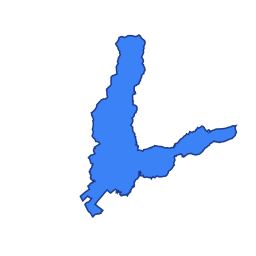 Gurghiu, Mures, Romania, rotated 320°
{"feature_id": "2599482B77375786241858", "entity_name": "Gurghiu", "entity_type": "district", "adm_level": 2, "iso_a3": "ROU", "parent_name": "Romania", "parent_adm1": "Mures", "projection": "natural_earth1", "projection_center": [24.887, 46.798], "detail": "fine", "context": "isolated", "style": "filled", "palette": "blue", "viewbox_px": 256, "rotation_deg": 320, "n_neighbors": 0, "source": "geoboundaries", "source_scale": "gbopen_adm2", "svg_char_len": 5914}
<svg xmlns="http://www.w3.org/2000/svg" viewBox="0 0 256 256"><g transform="rotate(320 128 128)"><path d="M212.2,195.6L210.9,195.0L210.5,194.3L209.7,193.7L208.7,193.3L207.4,193.2L206.3,192.5L202.7,191.0L199.4,189.0L194.7,185.4L192.2,184.8L190.8,184.0L187.9,183.7L188.9,183.1L189.0,182.5L188.9,181.7L188.6,181.3L188.2,181.1L186.3,181.7L186.1,178.5L186.6,176.7L186.4,175.0L185.8,174.0L182.8,173.8L181.6,173.0L181.5,172.4L180.6,173.0L179.0,172.9L178.2,173.5L177.5,173.7L175.8,172.7L174.3,172.9L172.9,170.5L172.5,170.9L171.1,171.4L170.9,171.7L169.6,171.4L169.1,170.1L168.6,170.5L166.8,170.6L165.7,170.3L163.8,170.7L160.6,170.4L156.5,171.4L154.2,170.4L153.6,171.2L153.2,170.7L151.7,172.1L151.6,171.4L150.2,172.2L148.8,171.0L146.7,170.1L145.2,168.1L143.5,167.1L141.7,163.6L140.7,162.9L137.1,158.7L136.8,159.0L134.4,158.0L132.8,158.0L132.5,157.3L129.1,156.5L126.2,154.7L124.6,155.4L123.2,153.0L121.8,151.7L121.2,151.4L122.9,149.4L123.8,149.1L124.0,148.7L123.6,148.8L123.5,147.7L124.2,146.5L123.3,145.8L123.9,145.4L125.1,145.1L125.5,144.8L125.5,144.1L125.3,143.5L126.0,143.1L126.4,142.1L126.9,141.6L127.0,140.6L128.2,139.7L127.9,138.4L129.4,137.1L129.5,134.3L130.4,132.3L132.1,130.4L132.0,127.5L133.7,127.3L135.3,126.4L136.9,125.0L137.2,124.3L137.3,123.0L140.2,122.8L141.8,121.5L142.8,121.1L144.0,121.3L145.9,120.0L146.9,119.7L147.3,118.6L148.2,118.0L148.5,117.2L148.2,115.4L146.8,113.4L147.2,112.7L147.9,112.3L148.4,111.6L148.5,110.8L148.8,110.6L149.4,110.7L149.7,109.2L151.0,108.1L151.1,107.5L152.1,106.3L153.3,105.6L153.6,105.7L153.8,105.5L154.3,106.1L156.0,106.4L156.2,105.3L156.7,105.1L156.7,104.3L156.4,104.1L156.6,103.8L156.3,103.5L157.2,102.9L157.8,101.9L159.7,100.3L160.3,100.1L162.1,100.8L162.9,100.6L163.9,101.0L165.3,100.9L166.0,100.1L166.8,100.1L168.3,99.4L168.7,98.9L170.3,98.0L171.2,97.8L172.1,96.5L174.4,96.2L175.0,96.5L176.6,95.1L178.2,94.7L179.6,92.2L179.7,90.9L180.5,89.3L180.1,88.1L181.2,87.4L182.4,87.1L182.9,86.5L183.8,84.5L183.9,82.4L185.2,81.9L188.6,80.1L189.6,78.4L191.3,77.4L192.1,76.2L193.1,75.3L195.4,74.2L196.6,72.7L196.8,71.6L196.0,67.6L196.4,66.4L196.5,65.0L196.2,63.8L194.1,63.5L192.3,62.6L191.8,62.1L190.9,60.4L189.4,58.9L188.4,58.5L188.2,57.8L186.9,57.2L185.4,57.1L183.7,56.5L182.9,55.5L182.5,54.3L180.7,53.3L179.0,53.1L178.4,53.8L175.7,55.1L172.8,55.4L172.6,56.4L172.2,57.3L172.2,59.7L171.3,61.0L171.0,62.1L171.2,63.5L170.8,64.1L169.9,64.9L169.2,66.9L167.4,67.7L165.9,68.0L164.0,69.6L162.8,70.2L162.3,70.9L162.0,72.3L159.3,73.1L158.2,73.7L154.2,79.6L153.8,79.6L152.7,78.9L150.9,78.6L149.7,77.9L147.5,78.3L146.7,79.7L145.8,80.3L144.3,82.1L143.3,83.8L140.8,84.4L139.6,84.3L136.6,84.5L135.6,85.6L135.3,86.5L134.4,87.8L133.8,88.3L132.7,90.0L132.7,90.5L131.6,91.5L129.1,91.1L127.9,90.0L125.7,89.3L125.0,89.6L123.1,89.6L119.5,90.1L118.7,90.4L117.6,91.6L114.8,92.7L110.9,93.0L109.6,92.8L109.0,94.5L108.3,95.0L108.2,96.4L107.0,99.3L106.4,100.0L105.7,99.9L104.9,101.5L102.9,103.9L100.8,105.6L99.9,106.0L99.1,108.4L97.8,109.7L95.6,110.8L95.3,111.5L95.1,113.1L95.5,114.9L95.4,115.8L94.6,117.6L96.3,119.3L96.4,120.9L96.2,122.1L90.0,121.2L89.8,122.4L88.8,122.0L88.4,122.1L87.7,122.5L86.6,123.9L86.2,126.4L83.9,125.9L82.1,124.9L78.6,125.3L78.7,127.0L76.9,131.3L77.2,132.0L77.9,132.6L77.9,133.3L76.0,134.0L74.3,135.3L73.2,135.2L71.7,136.1L70.5,136.4L70.1,137.1L70.7,137.2L69.5,139.5L69.3,139.4L69.1,140.8L67.2,141.9L67.2,143.0L66.8,143.0L67.0,145.1L66.9,146.1L68.5,146.2L68.5,147.5L67.0,147.1L65.7,147.3L65.2,146.6L64.6,146.4L62.2,146.5L62.0,147.0L61.8,147.0L60.0,146.7L59.7,147.2L59.2,150.1L54.0,149.6L47.6,149.7L46.5,154.8L53.3,154.2L53.9,156.8L54.8,158.7L50.2,159.4L49.5,158.9L48.2,158.6L46.8,158.6L45.8,159.0L44.2,165.4L44.2,166.9L44.6,169.1L43.8,173.3L44.6,173.6L45.3,173.1L47.1,173.1L48.2,173.6L49.1,173.7L49.3,174.3L50.7,175.3L52.0,175.4L52.0,175.7L52.4,175.9L52.6,175.5L53.3,175.1L54.3,175.4L55.2,175.1L55.2,174.8L55.8,174.8L54.3,168.4L54.2,166.9L53.7,166.0L53.8,165.1L54.7,165.2L56.7,164.6L72.1,162.0L72.8,166.6L79.0,166.8L79.4,168.0L79.3,168.4L79.6,168.6L79.6,169.0L79.4,169.1L79.5,169.2L78.3,169.1L77.7,169.5L77.5,169.9L78.4,169.9L78.3,170.4L78.5,170.2L79.9,170.2L79.7,170.6L80.2,170.8L79.8,171.3L80.6,171.5L81.4,172.7L80.1,172.6L79.8,173.1L79.2,173.4L79.1,174.0L79.4,174.5L79.2,175.0L79.5,175.1L79.5,175.7L80.2,175.7L80.6,176.3L81.1,176.3L81.9,176.9L82.3,176.6L82.8,177.3L83.5,177.6L83.4,177.9L83.9,178.1L84.0,178.5L83.8,178.6L83.9,179.5L84.5,179.1L85.1,179.1L84.8,178.4L84.9,178.1L87.0,178.6L88.1,178.1L88.5,178.6L89.1,178.5L89.2,177.6L90.1,177.2L90.5,177.4L92.9,176.3L93.6,176.5L93.6,175.8L94.4,175.8L94.9,176.8L95.1,176.8L95.1,176.4L95.6,175.9L96.1,175.9L97.4,174.0L97.8,173.9L97.9,173.5L99.0,173.3L100.5,172.6L102.1,172.7L102.8,173.0L103.3,172.5L104.8,172.4L106.2,171.7L106.3,171.4L106.1,171.1L106.4,170.6L106.8,170.7L106.7,170.3L107.1,169.9L107.8,169.8L107.9,168.7L109.5,169.0L109.0,170.9L107.9,171.1L106.6,172.0L107.7,173.5L109.1,174.0L108.4,175.2L108.6,175.9L109.3,176.9L110.2,177.0L110.7,177.6L111.3,177.9L111.8,179.1L113.7,180.7L113.8,181.0L113.3,181.3L113.3,181.9L114.1,181.3L114.2,181.6L115.7,181.3L116.0,182.3L116.8,183.5L119.0,183.1L119.4,183.5L120.4,185.4L122.0,186.7L126.0,189.0L126.7,189.2L127.8,189.0L130.1,188.1L130.7,187.4L132.2,187.1L133.0,187.4L135.3,187.3L138.6,186.2L139.5,186.3L140.2,184.6L140.7,184.1L143.3,182.8L144.7,180.2L145.6,179.4L146.5,180.6L146.9,180.6L147.2,180.2L148.0,180.1L151.1,181.7L152.0,181.9L151.8,182.8L152.2,183.4L151.2,184.9L152.6,185.4L152.3,186.0L157.5,186.4L159.1,187.6L160.0,187.9L160.7,189.7L161.6,190.8L162.1,191.8L164.1,193.0L166.3,193.9L168.0,194.0L170.4,193.8L174.1,192.9L175.7,193.3L177.8,193.1L179.2,193.4L180.0,193.0L181.6,192.8L182.0,193.1L185.1,193.3L185.6,193.6L185.5,194.1L186.4,194.6L186.7,195.5L188.0,196.7L188.5,197.7L191.6,199.2L192.5,200.0L198.7,201.9L201.1,202.9L205.2,202.6L206.7,201.6L208.2,201.1L208.7,200.0L208.7,199.5L210.3,196.6L210.7,196.1L212.2,195.6Z" fill="#3b82f6" stroke="#1e3a8a" stroke-width="1.5"/></g></svg>